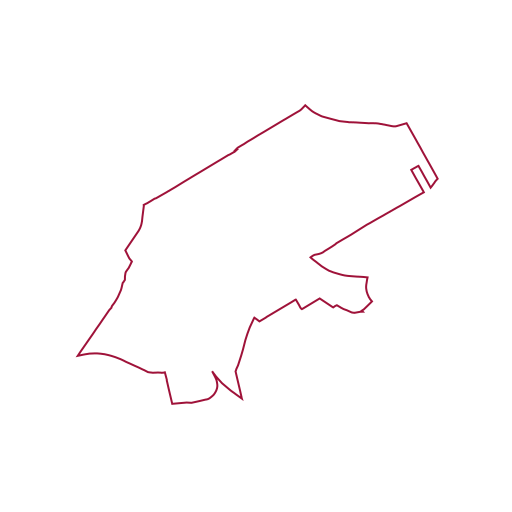 the district of Strathfield, New South Wales, Australia, rotated 230°
{"feature_id": "25037944B1137671739470", "entity_name": "Strathfield", "entity_type": "district", "adm_level": 2, "iso_a3": "AUS", "parent_name": "Australia", "parent_adm1": "New South Wales", "projection": "orthographic", "projection_center": [151.074, -33.88], "detail": "fine", "context": "isolated", "style": "outline", "palette": "rose", "viewbox_px": 512, "rotation_deg": 230, "n_neighbors": 0, "source": "geoboundaries", "source_scale": "gbopen_adm2", "svg_char_len": 5652}
<svg xmlns="http://www.w3.org/2000/svg" viewBox="0 0 512 512"><g transform="rotate(230 256 256)"><path d="M367.3,202.8L366.4,202.2L359.1,194.3L356.0,191.1L355.6,190.7L355.3,190.2L354.9,189.8L354.6,189.4L354.3,189.0L353.7,188.2L353.5,187.9L353.2,187.5L352.8,186.7L352.3,185.9L351.9,185.1L351.6,184.4L351.3,183.7L351.0,182.9L350.7,182.1L350.5,181.4L347.4,170.4L344.3,159.5L342.2,159.0L337.8,157.9L335.5,157.4L331.6,157.4L331.2,156.7L331.0,156.1L330.9,155.7L330.7,155.5L329.4,152.5L329.0,151.5L328.8,151.2L328.7,150.8L327.8,147.2L327.5,146.3L327.5,146.1L327.4,145.9L327.1,145.4L326.8,145.0L324.7,142.6L322.2,140.4L322.0,140.1L321.9,140.0L321.9,139.9L321.8,139.7L321.4,138.1L321.2,137.8L321.1,136.7L320.7,136.1L317.9,132.4L316.7,130.6L313.8,124.7L313.2,123.4L312.3,120.9L311.6,118.8L311.1,117.2L310.3,113.6L310.1,113.2L309.7,112.5L309.3,112.0L308.9,108.8L307.9,105.2L306.3,99.5L306.2,99.0L304.4,92.7L302.8,86.6L301.2,81.1L299.1,73.3L295.6,60.4L294.1,55.3L292.6,58.1L291.5,60.2L290.3,62.3L289.2,64.1L288.2,65.8L287.0,67.3L285.8,68.9L284.6,70.4L283.4,71.8L282.9,72.3L280.8,74.4L280.1,75.0L279.5,75.6L278.9,76.1L278.3,76.7L277.0,77.7L274.9,79.3L272.6,80.9L270.4,82.3L269.3,83.0L268.1,83.7L265.7,85.0L264.1,85.9L262.4,86.7L260.4,87.6L258.9,88.2L257.2,89.0L255.2,90.0L249.1,92.9L247.1,93.9L245.4,94.7L242.0,96.2L240.4,97.0L238.7,97.7L236.5,98.6L235.7,99.3L234.9,100.0L234.1,100.8L233.3,101.5L232.5,102.4L231.9,103.2L231.2,104.1L230.6,104.9L229.9,105.8L229.2,106.6L228.8,107.0L228.4,107.5L228.0,107.9L227.7,108.2L227.3,108.5L227.1,108.8L226.8,109.2L226.5,109.5L226.3,109.9L226.0,110.3L225.5,111.4L224.2,110.8L219.1,108.4L218.5,108.1L218.2,107.9L217.8,107.5L216.7,107.0L210.3,103.7L196.6,96.8L196.2,97.4L188.3,108.7L185.0,112.2L181.3,119.3L178.4,125.1L178.2,125.4L178.0,125.7L177.3,127.1L176.9,128.8L176.8,130.7L176.8,132.6L176.9,134.3L177.2,135.6L177.6,136.9L178.1,138.2L178.6,139.3L179.3,140.4L179.5,140.8L179.8,141.2L180.2,141.7L180.5,142.0L181.2,142.8L182.0,143.4L182.8,144.0L183.7,144.5L184.5,145.0L186.2,145.9L188.0,146.5L189.9,147.0L194.9,148.1L195.9,148.3L195.7,148.3L194.8,148.2L189.6,147.9L186.3,148.0L180.4,148.2L169.4,150.1L167.3,150.6L165.1,151.2L162.5,151.8L155.9,153.5L156.6,153.8L156.9,154.0L157.0,154.1L163.2,157.3L175.1,163.3L180.6,166.1L180.8,166.2L181.3,167.2L182.0,168.2L183.8,172.0L189.2,180.6L190.4,182.4L192.8,186.0L198.4,193.8L202.0,199.5L205.3,205.3L209.0,213.2L209.6,214.5L209.8,215.1L208.7,215.4L207.5,215.7L207.2,215.8L203.7,216.6L202.5,223.9L202.5,224.7L202.4,225.5L197.9,253.1L197.2,257.9L197.1,258.4L197.0,258.5L189.9,257.3L189.4,257.1L188.9,257.0L188.3,256.9L187.8,256.8L187.2,256.8L186.7,256.8L186.1,256.9L185.8,257.0L185.7,257.7L185.6,257.9L183.0,274.6L182.7,276.5L182.5,277.4L182.5,277.5L167.8,281.8L167.0,282.1L166.8,284.5L166.3,286.3L162.1,287.8L161.9,287.8L161.2,288.1L160.5,288.4L159.7,288.7L159.0,289.0L156.1,290.7L151.3,293.0L151.1,293.2L150.9,293.3L150.7,293.5L150.3,293.8L150.1,294.0L149.9,294.2L149.6,294.5L149.4,294.7L149.3,294.9L149.1,295.0L146.2,300.1L144.7,302.0L146.1,301.9L145.8,304.4L146.6,315.1L146.7,315.7L147.7,315.6L148.7,315.7L149.8,315.7L150.8,315.9L151.9,316.0L152.9,316.3L153.9,316.6L155.0,316.9L156.0,317.3L157.0,317.7L157.9,318.1L158.9,318.7L160.1,319.4L161.2,320.2L162.0,320.9L163.2,322.1L164.3,323.4L166.5,325.9L167.9,327.7L171.0,324.7L173.1,322.5L175.4,320.0L179.9,315.4L181.9,313.4L184.0,311.5L185.8,310.1L188.2,308.4L189.7,307.4L191.5,306.2L192.7,305.4L194.1,304.5L195.8,303.6L197.7,302.5L201.0,301.3L205.6,299.8L206.9,299.5L209.4,299.0L209.7,298.9L213.2,298.2L215.7,297.6L218.2,297.1L219.9,296.9L219.8,298.6L219.6,300.2L219.2,301.7L217.6,304.6L217.0,305.8L216.3,307.6L215.8,309.4L215.6,312.3L215.0,316.1L214.4,320.3L214.0,324.1L214.0,324.9L214.1,325.7L213.7,328.0L212.9,332.9L211.9,338.5L211.2,342.7L210.4,348.7L208.7,361.1L208.6,361.6L208.0,364.4L207.4,367.9L206.4,373.5L206.0,375.6L205.2,379.7L204.7,382.7L202.4,395.4L201.8,398.3L200.6,405.2L198.8,415.5L197.5,422.5L196.9,425.5L198.2,425.8L208.0,427.6L213.0,428.5L222.2,430.3L222.1,430.9L221.9,431.8L221.6,433.6L221.4,434.5L221.2,435.5L220.9,437.3L220.6,438.4L219.7,438.2L214.1,437.2L209.1,436.2L203.1,435.1L197.5,434.0L196.1,433.7L196.3,434.8L196.6,436.2L197.5,439.9L197.9,441.1L198.2,442.9L198.4,444.8L202.9,445.7L215.9,448.2L218.7,448.7L221.8,449.3L226.6,450.2L227.7,450.4L233.5,451.6L239.5,452.7L242.0,453.2L258.1,456.2L260.9,456.7L265.2,447.0L265.5,446.5L265.7,446.1L266.1,445.7L266.6,445.0L268.1,443.6L269.6,442.4L271.0,441.3L272.2,440.3L273.4,439.4L273.8,439.1L275.3,437.8L276.0,437.3L277.2,436.2L278.7,435.0L280.1,433.7L283.3,430.1L285.3,427.6L286.0,426.9L289.6,423.1L291.0,421.6L293.7,418.8L295.9,416.4L298.7,413.2L299.7,412.4L300.8,411.3L305.5,406.8L306.0,406.4L308.3,404.8L312.1,402.1L319.3,397.1L320.5,396.3L321.9,395.6L326.1,393.8L326.7,393.5L329.1,392.6L331.1,392.0L334.9,391.3L335.2,391.3L336.3,391.1L339.8,390.6L339.7,389.9L339.3,386.1L339.2,385.0L339.2,383.6L339.3,382.5L339.8,379.8L340.6,375.1L341.0,372.6L341.5,369.6L342.0,366.4L342.2,365.5L343.0,360.6L343.2,359.3L344.3,352.4L345.3,346.2L345.9,342.4L347.2,334.8L347.9,329.8L348.3,327.3L349.0,323.3L349.1,322.5L349.4,319.8L349.5,318.8L350.0,316.1L350.7,311.7L350.7,311.3L350.6,310.2L350.5,309.1L350.4,308.3L349.7,309.2L349.6,307.2L349.6,306.4L349.8,305.7L350.0,304.7L350.7,300.8L351.1,299.8L352.4,291.4L353.1,287.2L353.9,282.1L355.3,273.2L356.3,266.8L356.9,263.2L357.9,256.9L358.1,255.5L359.0,249.8L359.3,247.8L359.6,245.8L360.7,238.2L361.6,232.9L361.9,230.8L362.0,230.7L362.3,228.6L362.9,225.3L363.5,222.0L364.0,219.2L364.5,216.5L364.9,215.6L365.1,215.2L365.8,210.2L366.2,207.9L366.3,206.8L366.6,205.9L367.3,202.8Z" fill="none" stroke="#9f1239" stroke-width="2"/></g></svg>